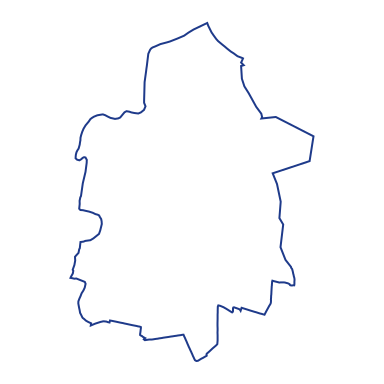 the district of Al Khanka, Al Qalyubiyah, Egypt
{"feature_id": "37247803B26389200974070", "entity_name": "Al Khanka", "entity_type": "district", "adm_level": 2, "iso_a3": "EGY", "parent_name": "Egypt", "parent_adm1": "Al Qalyubiyah", "projection": "albers", "projection_center": [31.361, 30.23], "detail": "fine", "context": "isolated", "style": "outline", "palette": "blue", "viewbox_px": 384, "rotation_deg": 0, "n_neighbors": 0, "source": "geoboundaries", "source_scale": "gbopen_adm2", "svg_char_len": 5757}
<svg xmlns="http://www.w3.org/2000/svg" viewBox="0 0 384 384"><path d="M230.9,51.6L229.5,50.5L227.0,48.5L224.8,46.6L222.3,44.6L219.9,42.6L218.1,41.1L216.3,39.1L213.4,35.1L212.2,33.3L211.7,32.7L210.1,29.5L208.3,25.9L207.2,23.0L193.6,29.5L188.5,32.6L184.1,35.7L177.3,38.6L169.9,41.5L167.2,42.3L164.2,43.1L160.4,44.1L155.5,46.3L152.5,47.5L151.1,48.5L150.1,49.8L148.3,53.8L146.8,66.1L146.4,68.8L146.1,71.3L144.6,82.1L144.1,101.0L144.1,102.8L145.5,106.3L144.0,109.9L140.9,112.4L138.3,113.5L134.3,113.0L131.3,112.4L129.4,111.7L126.5,111.2L124.5,112.3L120.2,117.5L118.2,118.4L115.0,118.9L112.8,118.4L110.5,117.9L107.6,116.5L105.2,115.2L102.9,114.4L102.0,114.5L99.6,114.9L97.3,115.3L93.9,116.7L91.8,118.0L90.4,119.1L88.7,121.6L85.6,125.3L83.6,128.6L82.2,131.9L81.1,135.3L80.5,137.8L80.4,140.3L80.0,142.4L79.7,144.7L78.6,148.6L77.4,150.4L76.5,152.2L75.9,154.5L75.7,156.3L75.6,158.3L77.1,159.7L78.6,160.1L79.5,160.3L80.4,159.7L81.3,159.2L82.6,157.9L84.1,157.2L85.5,157.5L86.8,159.9L86.7,161.8L86.7,162.7L85.5,171.9L82.8,183.3L81.0,196.0L80.3,197.4L80.0,198.9L79.6,200.8L79.7,204.0L79.2,208.7L79.9,209.5L80.4,210.0L83.0,210.2L85.5,210.8L89.1,211.6L92.8,212.8L95.4,214.1L97.7,214.7L99.2,215.5L99.5,216.4L101.2,219.1L101.4,220.3L101.6,221.1L101.8,224.0L101.1,226.9L100.2,230.5L99.0,233.9L95.9,236.4L93.4,238.4L90.4,240.2L85.3,240.9L83.6,241.6L81.4,241.9L80.5,242.0L80.1,245.3L79.8,248.2L79.2,249.3L78.5,252.9L76.1,255.5L75.0,256.8L75.2,260.6L74.4,265.0L72.7,269.8L73.3,270.8L72.8,273.5L70.9,276.9L70.5,277.9L72.3,278.2L74.3,278.7L76.3,278.5L83.1,281.2L84.8,281.9L85.6,283.8L84.7,287.7L83.4,290.5L81.6,293.3L80.5,296.2L79.4,298.6L78.4,301.3L78.3,303.4L78.6,305.1L79.1,307.8L79.6,310.0L80.1,312.9L81.1,314.8L82.4,317.5L82.8,318.0L83.9,318.8L86.0,320.7L88.3,322.0L91.1,323.3L90.9,324.8L90.8,325.5L92.2,324.9L95.3,323.6L97.2,323.0L100.6,321.9L102.0,321.6L103.2,321.3L104.8,321.4L106.5,321.6L107.7,322.1L109.5,322.5L110.0,320.5L112.7,321.0L116.1,321.7L118.4,322.2L120.7,322.7L123.0,323.1L124.5,323.5L125.5,323.7L127.4,324.1L129.7,324.6L132.0,325.1L135.1,325.7L136.2,325.9L137.1,326.1L137.7,326.3L138.3,326.4L138.9,326.5L139.6,326.6L140.2,326.8L140.9,327.1L140.9,328.1L140.8,328.8L140.7,329.5L140.6,330.2L140.6,330.4L140.5,331.4L140.4,332.1L140.3,332.9L140.1,334.0L140.1,335.0L141.1,335.7L141.9,336.0L142.3,336.4L143.1,337.0L143.9,337.4L144.5,337.8L145.1,338.1L144.2,338.8L143.8,339.3L144.3,339.7L144.7,340.1L145.3,340.1L147.4,339.8L149.3,339.5L150.6,339.5L151.2,339.5L152.0,339.5L152.9,339.4L154.0,339.2L154.6,339.1L155.2,339.0L155.9,338.9L156.4,338.8L156.9,338.8L157.4,338.7L158.2,338.6L158.9,338.4L159.7,338.3L160.5,338.2L161.9,338.0L163.3,337.7L164.7,337.5L165.3,337.4L166.1,337.3L166.8,337.2L167.5,337.1L168.2,337.0L168.9,336.9L169.9,336.7L170.6,336.6L171.2,336.5L172.1,336.4L172.8,336.3L174.0,336.1L175.3,335.9L176.2,335.8L177.3,335.6L177.8,335.5L180.9,335.1L182.2,334.8L183.5,334.7L184.0,335.9L184.3,336.6L184.6,337.2L184.9,337.8L185.3,338.7L185.6,339.5L186.5,341.4L187.4,343.6L187.8,344.5L188.2,345.4L188.5,346.1L188.7,346.7L189.1,347.4L189.5,348.3L189.8,348.9L190.1,349.6L190.4,350.3L191.2,351.9L191.4,352.4L191.7,353.1L192.0,353.7L192.3,354.4L192.6,355.1L192.8,355.7L193.2,356.5L193.6,357.3L193.9,358.0L194.2,358.6L194.5,359.3L195.0,360.2L195.8,360.7L196.5,361.0L197.2,360.9L197.9,360.8L198.6,360.4L199.4,359.9L200.0,359.5L200.5,359.2L201.3,358.7L201.9,358.4L202.8,358.0L203.6,357.5L204.5,357.0L205.3,356.5L206.3,356.0L206.7,355.7L206.6,355.0L206.5,354.2L206.8,353.7L207.5,353.0L208.2,352.5L208.7,352.0L209.2,351.6L212.6,348.4L215.9,345.6L216.7,344.8L217.3,344.1L217.6,340.5L217.6,335.3L217.5,332.6L217.6,330.1L217.6,328.5L217.5,325.8L217.5,323.0L217.6,318.8L217.6,317.6L217.6,316.8L217.6,315.3L217.6,314.3L217.7,312.6L217.7,310.5L217.8,306.7L218.3,305.4L218.9,305.5L219.0,305.5L219.5,305.7L220.1,305.8L220.6,306.0L221.3,306.3L221.8,306.5L222.3,306.7L222.7,306.9L223.3,307.1L223.8,307.4L224.4,307.7L225.0,308.1L225.6,308.4L226.1,308.7L226.9,309.2L227.6,309.6L228.2,310.0L228.8,310.4L229.5,310.8L230.1,311.2L230.7,311.6L231.3,311.9L232.1,312.4L232.8,311.8L233.0,311.1L233.0,310.1L233.0,309.3L233.0,308.3L233.3,307.5L234.0,307.3L234.5,307.5L236.3,308.1L237.4,308.5L238.8,309.0L239.4,309.3L239.9,309.7L240.3,310.3L240.6,310.8L241.2,309.0L241.6,307.8L247.4,309.6L250.5,310.6L253.5,311.5L254.1,311.7L256.3,312.3L258.1,312.9L260.3,313.6L261.0,313.7L262.7,314.2L264.5,314.7L266.2,311.4L268.4,307.4L269.2,305.9L270.3,304.2L270.7,303.3L270.9,302.3L271.0,300.9L271.0,300.3L270.9,299.5L271.0,298.9L271.0,298.2L271.1,297.2L271.1,296.4L271.1,295.9L271.2,295.3L271.3,294.7L271.3,293.9L271.4,293.1L271.4,292.5L271.4,291.9L271.5,290.9L271.5,289.9L271.6,289.0L271.6,288.2L271.7,287.3L271.7,286.6L271.8,285.9L271.9,285.2L271.9,284.4L272.0,283.9L272.0,283.1L272.1,282.4L272.1,281.7L272.4,280.7L273.1,280.9L273.8,281.1L274.4,281.3L275.0,281.4L275.6,281.6L276.1,281.7L277.6,282.1L278.2,282.2L278.7,282.4L279.2,282.5L279.8,282.5L280.6,282.4L281.3,282.4L282.0,282.4L282.9,282.4L283.9,282.4L284.7,282.5L285.3,282.6L285.9,282.8L286.6,283.0L287.5,283.2L288.1,283.4L288.9,283.8L289.7,284.3L289.9,284.9L290.4,285.3L291.1,285.4L291.7,285.5L292.4,285.4L292.9,285.4L293.5,285.2L294.2,285.3L294.4,284.2L294.4,283.1L294.4,282.2L294.4,281.5L294.5,280.3L294.5,279.2L294.3,277.9L294.0,276.8L293.8,276.2L293.6,275.0L293.3,274.0L293.1,273.1L293.0,272.4L292.8,271.7L292.7,271.1L292.5,270.5L292.3,269.6L292.1,269.0L291.6,268.4L291.1,267.6L291.0,266.9L285.5,259.9L280.5,247.2L283.2,224.5L279.4,218.1L280.7,201.7L277.0,184.0L272.7,173.3L309.6,161.1L313.5,136.3L275.8,117.0L261.4,118.5L262.1,117.1L261.3,113.7L256.2,106.8L248.7,93.2L244.4,86.4L241.9,78.8L241.1,66.0L243.7,65.2L241.1,62.6L242.1,60.5L243.0,58.4L242.0,57.9L237.5,56.2L233.6,53.3L230.9,51.6Z" fill="none" stroke="#1e3a8a" stroke-width="2"/></svg>